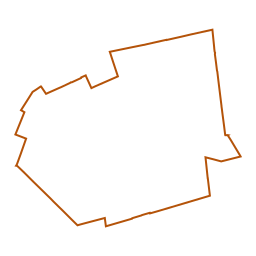 Movila Miresii, Braila, Romania
{"feature_id": "2599482B19893524753905", "entity_name": "Movila Miresii", "entity_type": "district", "adm_level": 2, "iso_a3": "ROU", "parent_name": "Romania", "parent_adm1": "Braila", "projection": "mercator", "projection_center": [27.616, 45.211], "detail": "fine", "context": "isolated", "style": "outline", "palette": "amber", "viewbox_px": 256, "rotation_deg": 0, "n_neighbors": 0, "source": "geoboundaries", "source_scale": "gbopen_adm2", "svg_char_len": 1383}
<svg xmlns="http://www.w3.org/2000/svg" viewBox="0 0 256 256"><path d="M214.2,48.0L214.2,47.6L212.4,29.7L191.1,34.4L181.3,36.7L171.5,38.9L166.6,40.0L166.5,39.8L161.0,41.0L146.4,44.3L144.4,44.8L143.1,45.0L131.7,47.3L116.6,50.4L109.8,51.8L110.6,54.2L112.9,61.3L117.9,76.4L95.7,86.1L91.4,88.1L86.2,76.7L85.7,75.4L81.2,77.4L81.1,78.0L71.8,82.3L71.4,82.3L70.9,82.3L70.3,82.7L70.1,82.9L61.0,87.2L59.3,87.9L46.0,93.8L43.5,90.1L41.0,86.4L40.9,86.4L40.7,86.5L36.2,89.6L32.6,91.9L28.2,98.9L21.0,110.2L24.4,112.2L15.4,134.5L26.1,138.6L20.8,153.7L17.3,163.3L16.7,164.8L16.1,165.7L16.7,165.8L17.3,166.0L24.4,172.8L28.4,176.8L33.6,182.0L46.3,194.4L49.9,197.9L50.8,198.8L53.6,201.7L59.3,207.3L63.1,211.0L67.6,215.5L71.5,219.4L77.5,225.3L79.8,224.6L89.2,222.1L95.3,220.5L104.8,218.0L105.9,226.3L132.0,218.7L132.1,218.3L133.2,217.9L141.5,215.4L141.9,215.1L149.8,212.8L150.0,213.4L157.0,211.4L209.9,195.7L207.8,178.2L207.7,178.2L205.5,157.3L213.4,159.3L221.2,161.4L240.6,156.5L240.4,156.1L239.1,153.9L235.2,147.4L232.2,142.4L230.7,139.9L229.8,138.5L227.8,135.4L228.1,135.2L227.6,135.1L226.1,135.2L225.3,135.2L225.2,135.0L224.0,125.4L222.3,112.5L221.9,109.2L221.5,106.4L221.5,106.0L218.3,80.0L217.3,71.5L217.0,70.7L216.0,62.6L215.1,55.8L214.9,54.3L214.9,53.9L215.0,53.4L215.1,52.9L215.0,52.6L214.9,52.3L214.7,51.9L214.6,51.5L214.4,49.8L214.2,48.0Z" fill="none" stroke="#b45309" stroke-width="2"/></svg>